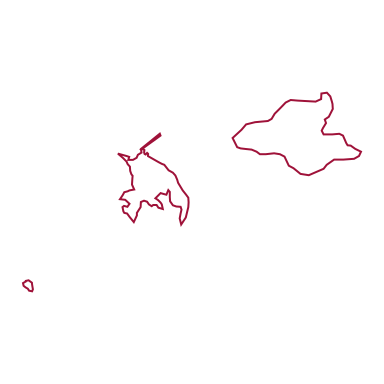 the district of Ansan-si, Gyeonggi, South Korea
{"feature_id": "91817680B39459501575733", "entity_name": "Ansan-si", "entity_type": "district", "adm_level": 2, "iso_a3": "KOR", "parent_name": "South Korea", "parent_adm1": "Gyeonggi", "projection": "natural_earth1", "projection_center": [126.664, 37.234], "detail": "fine", "context": "isolated", "style": "outline", "palette": "rose", "viewbox_px": 384, "rotation_deg": 0, "n_neighbors": 0, "source": "geoboundaries", "source_scale": "gbopen_adm2", "svg_char_len": 2127}
<svg xmlns="http://www.w3.org/2000/svg" viewBox="0 0 384 384"><path d="M361.0,151.7L355.1,148.8L355.0,148.7L350.7,145.6L347.6,145.3L346.3,143.2L343.0,135.6L339.3,133.8L332.2,134.4L326.7,134.4L323.6,134.4L321.7,130.7L323.0,128.0L326.0,123.1L324.8,119.5L328.8,116.8L332.8,108.9L332.7,107.6L332.5,104.0L331.9,101.6L330.3,96.4L326.9,92.7L321.4,93.5L321.1,99.1L315.6,101.6L297.7,100.6L290.7,100.0L285.7,102.5L280.2,108.2L274.7,113.7L271.6,118.9L267.9,121.0L255.0,122.2L246.1,124.4L241.5,129.8L232.6,138.0L237.2,147.2L240.6,148.4L245.8,149.0L251.6,149.6L256.6,151.7L259.9,154.2L265.8,154.2L274.1,153.3L279.9,154.2L284.5,156.6L288.8,165.7L293.5,168.2L300.5,173.9L308.8,175.2L323.6,168.8L326.7,164.8L334.1,159.6L343.3,159.6L354.1,158.8L359.0,156.0L361.0,151.7ZM144.6,154.0L144.3,153.1L144.1,152.1L144.3,151.1L144.4,150.0L144.0,149.7L142.8,149.3L141.7,149.2L160.5,135.6L159.8,133.7L140.9,149.0L141.5,152.6L137.9,154.8L136.6,157.8L132.9,159.9L128.3,159.9L129.2,156.9L126.5,156.0L117.9,153.6L122.8,157.8L124.6,159.6L126.5,161.5L127.7,164.2L129.9,166.6L130.2,170.9L131.4,174.3L132.6,175.8L132.3,179.4L132.0,184.6L134.2,189.5L129.5,190.4L127.7,191.3L124.3,192.2L122.8,195.0L120.0,199.2L125.2,199.8L129.5,203.8L127.4,206.8L124.0,205.9L122.5,207.1L123.4,211.4L124.3,212.9L127.1,213.5L129.8,217.2L133.8,222.1L136.9,215.4L136.9,212.9L140.6,207.1L140.9,202.0L144.0,200.7L147.1,201.7L148.9,204.4L151.7,206.2L153.2,205.0L156.6,205.0L158.4,207.7L162.8,209.0L161.8,204.4L160.6,202.6L158.1,200.1L155.4,198.3L157.5,196.2L160.6,193.1L163.7,194.0L166.4,194.7L168.3,190.1L169.8,191.9L169.8,197.1L170.1,201.3L172.9,205.3L176.3,206.5L180.6,206.8L181.5,209.6L180.6,213.5L179.7,218.4L181.2,224.5L185.8,217.5L188.3,207.1L188.6,202.3L188.3,197.7L186.1,194.7L182.7,190.4L178.1,182.8L177.2,179.7L175.4,175.5L172.9,172.7L168.6,170.3L164.3,164.8L161.9,163.9L158.5,162.1L148.0,156.1L147.9,155.3L148.1,154.5L148.1,153.8L147.1,152.9L145.6,154.5L144.6,154.0ZM32.9,289.3L32.5,287.0L32.1,284.6L31.9,282.7L28.6,280.3L25.8,280.9L25.8,281.5L23.0,283.1L23.6,285.8L25.6,287.4L27.8,288.7L29.1,290.7L32.1,291.3L32.9,289.3Z" fill="none" stroke="#9f1239" stroke-width="2"/></svg>